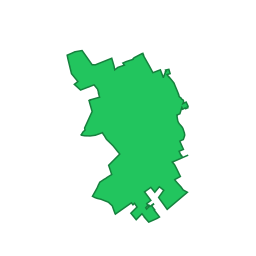 outline of Tepakán, Yucatán, Mexico, rotated 151°
{"feature_id": "50627088B22415210439928", "entity_name": "Tepakán", "entity_type": "district", "adm_level": 2, "iso_a3": "MEX", "parent_name": "Mexico", "parent_adm1": "Yucatán", "projection": "mercator", "projection_center": [-89.004, 21.063], "detail": "fine", "context": "isolated", "style": "filled", "palette": "green", "viewbox_px": 256, "rotation_deg": 151, "n_neighbors": 0, "source": "geoboundaries", "source_scale": "gbopen_adm2", "svg_char_len": 2785}
<svg xmlns="http://www.w3.org/2000/svg" viewBox="0 0 256 256"><g transform="rotate(151 128 128)"><path d="M146.9,218.1L151.1,202.9L149.3,192.9L153.8,192.2L151.1,184.2L136.8,182.2L135.8,176.8L136.7,172.6L136.8,172.6L137.0,172.7L137.9,168.7L145.7,170.5L146.7,170.8L147.7,171.0L147.7,170.6L148.8,170.9L149.0,169.7L149.2,169.2L151.3,160.2L151.4,159.8L166.0,149.0L166.6,147.0L169.2,146.4L172.2,144.7L172.3,144.7L172.3,144.3L169.7,142.2L164.9,139.4L160.1,137.5L156.5,136.9L152.6,136.3L152.7,134.4L152.4,132.7L152.4,130.7L152.3,128.5L149.7,119.8L149.0,115.9L148.5,112.7L147.8,109.2L163.0,104.8L164.8,95.2L170.7,94.9L171.7,94.7L174.0,94.7L177.1,94.4L177.5,94.4L178.9,94.3L179.5,93.9L180.7,93.0L180.9,92.9L181.0,92.9L184.1,90.5L192.2,85.5L190.6,83.1L188.9,81.2L186.2,78.8L181.6,73.2L181.1,72.5L180.5,70.7L180.3,69.9L179.8,68.6L179.5,67.4L179.6,67.0L180.3,62.9L180.8,59.6L180.8,58.8L161.3,60.9L160.9,58.4L158.8,59.0L158.4,54.5L166.8,52.1L165.3,43.8L157.4,46.2L156.7,41.8L156.9,41.8L155.5,35.6L146.5,34.8L143.6,34.9L144.9,43.3L144.7,43.3L144.3,43.4L144.4,43.8L144.4,44.1L144.5,44.5L144.5,45.0L144.6,45.4L144.7,45.7L144.7,46.2L144.8,46.4L144.8,46.7L144.8,47.0L144.9,47.4L145.0,47.8L145.0,48.2L145.1,48.6L144.8,48.6L144.5,48.6L144.0,48.6L143.6,48.8L143.2,48.8L142.9,48.9L142.6,48.9L142.6,49.2L142.6,49.3L144.8,49.0L146.8,48.8L147.1,50.6L148.1,50.4L147.9,49.0L150.3,48.3L151.0,48.0L151.2,49.7L148.2,50.6L148.3,52.8L143.1,53.6L143.6,57.3L144.3,62.6L144.6,64.1L136.8,65.0L135.7,58.8L129.1,61.4L126.9,56.2L134.9,52.4L134.5,48.7L134.0,44.8L133.2,37.8L107.2,43.0L109.8,47.1L110.2,50.8L111.5,56.1L112.2,59.6L112.2,60.2L105.7,60.2L105.2,69.1L105.1,73.6L105.8,76.7L88.5,75.1L94.6,75.7L94.5,78.1L95.0,78.1L94.6,82.9L89.9,82.4L89.1,91.4L87.5,91.3L86.0,91.2L85.2,91.1L82.2,93.8L81.7,94.6L81.0,96.6L80.8,98.0L80.4,99.8L80.2,101.0L80.2,102.4L80.5,104.1L81.1,106.7L81.2,108.2L81.1,109.9L81.0,110.1L79.5,114.4L79.1,114.8L79.0,115.6L76.9,115.4L75.7,115.3L70.9,119.9L71.1,117.9L68.3,117.8L68.2,116.9L65.8,116.7L65.7,117.9L64.9,117.9L64.6,122.5L68.1,122.7L67.7,123.0L66.5,124.3L66.3,124.8L66.3,125.1L66.2,125.7L66.6,126.6L67.0,127.1L67.2,127.8L67.1,128.4L67.2,129.0L67.8,129.8L68.0,131.0L67.8,131.2L67.6,132.9L67.4,132.9L66.8,138.0L66.4,141.8L66.1,144.1L66.0,145.1L66.0,145.3L67.3,152.6L67.5,152.6L67.9,155.2L67.9,155.8L64.8,155.1L63.8,159.5L67.1,160.5L67.3,159.1L68.0,159.1L68.0,158.9L72.4,155.2L72.6,155.3L71.5,163.2L79.4,164.3L79.3,171.7L79.4,184.2L79.0,184.2L78.9,185.5L78.8,186.1L80.0,186.1L80.0,186.3L83.9,186.4L88.5,186.5L89.9,186.2L90.1,185.6L90.3,185.6L97.5,187.0L101.0,187.3L100.7,184.7L107.5,185.9L111.4,185.3L110.9,186.9L110.2,188.9L108.4,196.9L126.0,199.1L128.3,200.5L128.7,200.6L130.6,218.0L137.5,220.4L141.2,220.7L145.9,221.2L146.9,218.1Z" fill="#22c55e" stroke="#15803d" stroke-width="1.5"/></g></svg>